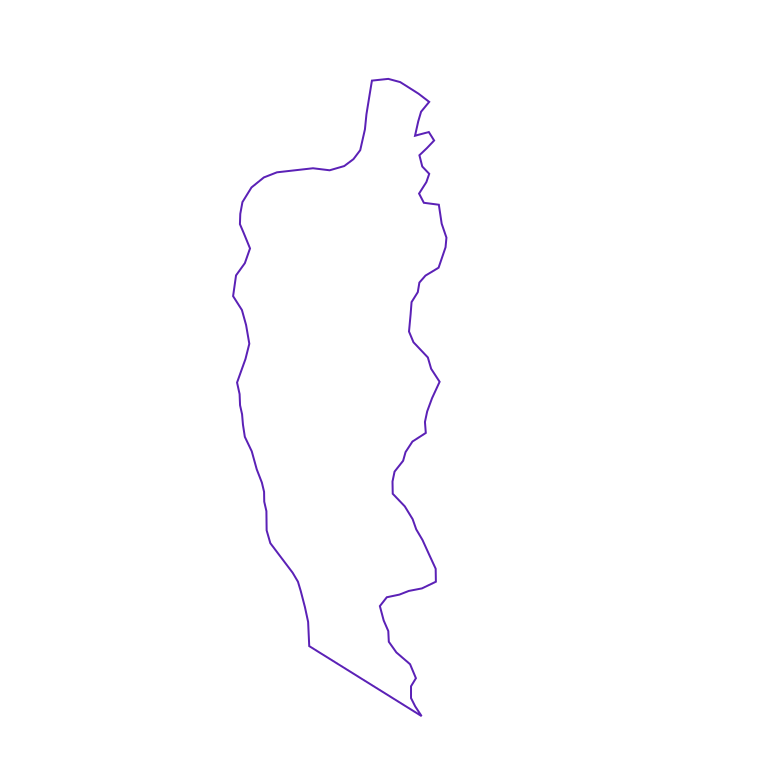 outline of Ivatuba, Paraná, Brazil, rotated 125°
{"feature_id": "56859067B29429577410082", "entity_name": "Ivatuba", "entity_type": "district", "adm_level": 2, "iso_a3": "BRA", "parent_name": "Brazil", "parent_adm1": "Paraná", "projection": "albers", "projection_center": [-52.183, -23.588], "detail": "fine", "context": "isolated", "style": "outline", "palette": "violet", "viewbox_px": 768, "rotation_deg": 125, "n_neighbors": 0, "source": "geoboundaries", "source_scale": "gbopen_adm2", "svg_char_len": 1486}
<svg xmlns="http://www.w3.org/2000/svg" viewBox="0 0 768 768"><g transform="rotate(125 384 384)"><path d="M127.0,508.8L126.4,522.3L127.4,543.9L131.6,555.5L142.4,567.9L155.3,561.7L173.1,553.1L186.3,545.7L206.1,537.6L217.3,538.0L228.3,541.6L240.1,551.1L248.0,565.9L272.0,593.1L283.7,600.9L299.0,605.3L316.2,604.3L327.1,599.3L335.7,593.7L340.8,585.5L349.8,571.5L364.8,567.3L379.9,567.5L398.6,558.0L404.9,542.8L414.8,530.8L428.3,517.4L443.0,511.8L456.2,508.2L467.1,505.2L475.1,496.5L484.0,489.7L490.2,482.9L498.1,476.3L507.1,467.7L515.0,453.7L526.9,439.3L534.8,427.5L541.1,420.4L549.1,414.6L555.6,407.4L571.2,396.2L579.6,385.8L584.4,371.0L591.0,350.6L595.3,341.1L601.3,333.5L612.2,320.7L622.4,309.7L641.6,294.9L634.5,162.7L630.2,173.5L625.8,181.7L616.1,188.5L606.7,189.1L598.6,201.9L596.8,219.9L592.4,232.2L583.9,238.8L577.9,248.6L568.3,260.0L557.1,259.4L547.7,250.6L539.3,245.0L529.7,235.7L516.2,228.1L505.7,235.7L497.6,249.6L489.7,263.0L484.6,274.2L478.3,283.0L472.3,296.8L468.9,313.9L459.0,321.1L449.7,325.1L435.9,324.3L427.4,327.3L414.8,327.7L400.1,321.7L391.6,328.7L381.7,332.9L368.1,336.5L350.3,339.7L344.5,354.1L337.1,363.3L332.9,383.8L326.7,393.6L311.6,402.2L301.1,408.4L289.4,409.0L280.6,413.2L271.4,412.2L257.4,406.0L236.7,412.0L228.3,416.8L219.6,428.7L205.7,441.9L212.7,455.3L207.9,464.5L194.3,465.1L185.9,467.5L183.9,477.4L176.3,486.2L166.4,484.2L155.8,482.6L151.9,491.8L162.8,501.0L149.2,506.6L139.7,509.8L127.0,508.8Z" fill="none" stroke="#5b21b6" stroke-width="2"/></g></svg>